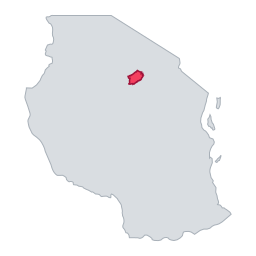 Mbulu, Manyara, United Republic of Tanzania (highlighted)
{"feature_id": "72390352B2366371930573", "entity_name": "Mbulu", "entity_type": "district", "adm_level": 2, "iso_a3": "TZA", "parent_name": "United Republic of Tanzania", "parent_adm1": "Manyara", "projection": "robinson", "projection_center": [35.288, -3.94], "detail": "fine", "context": "in_parent", "style": "filled", "palette": "rose", "viewbox_px": 256, "rotation_deg": 0, "n_neighbors": 0, "source": "geoboundaries", "source_scale": "gbopen_adm2", "svg_char_len": 5882}
<svg xmlns="http://www.w3.org/2000/svg" viewBox="0 0 256 256"><path d="M91.7,192.1L88.7,190.3L86.0,189.2L83.7,188.0L82.7,186.9L80.6,186.4L78.8,186.2L77.1,185.1L73.6,184.7L73.3,184.0L73.2,182.4L72.6,181.9L71.3,181.5L70.0,181.5L69.2,181.8L68.7,181.6L67.5,180.7L66.5,179.5L66.1,177.5L64.5,176.3L62.7,175.3L57.6,175.4L56.8,175.1L55.6,174.1L54.2,172.5L53.1,170.7L52.0,168.1L51.0,164.7L45.2,151.2L44.6,148.7L43.4,145.8L41.5,142.3L39.6,139.8L36.9,137.4L33.8,135.1L32.2,133.5L29.1,127.1L28.4,124.1L27.9,121.1L28.1,119.8L30.0,115.8L30.2,114.7L30.0,113.2L29.0,110.0L27.8,106.2L25.3,99.2L24.9,97.4L25.0,96.1L26.4,88.9L26.4,87.9L32.2,88.1L36.5,85.0L40.2,80.3L40.9,78.4L42.4,75.4L43.9,73.9L44.5,72.8L45.3,69.9L47.3,67.8L49.2,66.3L48.8,65.2L49.0,64.8L50.1,64.0L52.1,63.3L52.5,61.7L52.5,59.9L52.1,58.9L52.2,57.8L51.9,57.2L50.6,57.0L48.6,56.1L47.0,55.8L45.9,55.2L45.5,54.9L45.3,53.8L46.2,51.1L45.3,50.0L47.3,45.4L47.7,44.9L48.4,44.8L49.6,44.3L50.7,44.1L51.5,44.3L52.2,44.1L52.8,43.6L53.3,42.1L53.7,39.5L53.4,37.4L52.6,35.8L52.4,33.3L52.7,30.0L52.5,27.3L51.5,25.1L50.6,23.8L49.1,23.2L46.8,19.8L46.1,18.2L46.2,17.2L47.0,16.8L48.5,16.9L49.9,16.5L51.1,15.6L52.4,15.4L53.0,15.5L111.2,15.5L179.2,58.4L179.5,59.0L180.0,62.7L179.9,63.9L178.8,66.0L178.5,67.2L178.5,67.9L178.8,68.2L179.7,68.4L180.4,68.9L180.7,69.3L181.3,70.9L182.0,71.7L207.8,92.7L208.4,93.1L208.0,94.8L206.6,99.1L206.5,100.9L205.9,103.0L205.4,104.4L203.9,110.4L202.6,112.7L200.9,118.0L200.6,122.0L201.6,124.8L201.9,127.5L203.9,130.1L205.5,131.0L206.6,132.2L208.5,134.9L209.5,137.7L213.0,139.0L214.3,142.0L213.8,144.1L212.2,145.9L210.7,148.7L209.5,152.4L209.5,158.1L210.3,157.2L212.1,158.6L212.3,162.8L210.4,167.7L209.9,169.9L209.8,171.9L211.1,177.7L213.2,180.7L213.0,181.6L212.5,182.4L216.0,187.6L215.7,192.2L217.0,195.7L217.5,198.8L218.4,201.2L218.6,202.8L217.5,204.6L220.0,205.0L221.5,206.5L222.2,207.9L224.1,207.9L225.1,208.8L226.5,209.6L229.7,212.0L230.6,213.2L231.1,214.3L222.3,221.8L219.1,223.8L216.8,224.6L214.4,225.1L212.1,226.3L209.9,228.2L207.1,229.1L203.8,229.1L200.2,230.4L194.6,234.3L191.3,232.1L188.8,231.4L185.8,231.5L184.1,231.8L183.4,232.2L182.9,233.6L182.4,235.7L180.4,237.8L177.1,239.8L173.9,240.5L171.1,240.0L169.2,239.2L168.2,238.0L166.7,237.5L164.7,237.6L162.8,238.4L161.0,240.0L158.2,240.6L154.3,240.4L152.2,239.7L151.9,238.4L150.1,236.9L147.0,235.1L144.7,235.1L143.2,236.8L141.8,237.8L140.6,238.2L139.5,238.3L137.9,237.8L133.5,237.7L129.4,237.7L129.0,235.3L128.2,233.9L127.4,233.0L126.0,232.8L125.6,232.1L125.1,230.6L124.4,229.3L123.5,228.3L122.9,227.3L122.8,226.4L122.9,225.4L123.8,222.9L124.0,221.2L123.9,219.5L123.5,217.7L122.5,215.6L122.6,215.0L122.3,213.6L122.2,212.6L122.4,211.3L122.2,209.6L121.4,206.1L121.4,205.2L120.5,203.5L117.7,199.5L117.6,198.9L113.3,194.9L111.6,194.0L111.0,194.7L110.8,195.4L110.9,196.7L110.8,197.4L110.7,197.7L109.6,197.6L109.0,197.5L107.4,196.4L106.1,196.1L103.0,196.3L101.9,196.6L101.0,196.3L99.3,194.5L97.4,194.1L95.6,194.0L92.7,191.9L91.7,192.1ZM213.4,124.2L214.8,128.7L214.7,129.5L213.7,130.0L213.1,130.1L212.5,129.3L212.1,127.8L211.3,128.2L210.0,126.4L208.7,126.3L207.6,124.2L208.1,122.3L207.8,119.1L209.2,117.4L210.0,114.7L210.9,116.6L211.1,119.5L212.3,123.0L213.4,124.2ZM220.3,97.5L220.4,98.6L220.2,99.6L220.2,102.8L220.1,104.9L219.0,107.8L218.2,108.8L217.4,108.5L216.8,108.1L216.3,107.3L217.3,101.9L216.8,98.0L218.8,98.4L220.3,97.5ZM217.3,162.1L216.3,162.4L215.9,162.1L215.3,161.2L216.4,160.5L217.4,159.0L219.8,156.9L221.0,155.2L220.8,156.8L219.4,160.5L218.3,160.7L217.3,162.1Z" fill="#d9dde1" stroke="#a8b0b8" stroke-width="1"/><path d="M128.1,76.5L128.2,76.8L128.3,77.0L128.4,77.3L128.5,77.7L128.5,77.8L128.8,78.1L129.0,78.3L129.3,78.3L129.5,78.3L129.8,78.3L130.0,78.3L129.9,78.9L129.7,79.5L129.5,80.4L129.5,80.5L129.6,81.0L129.6,81.3L129.6,81.5L129.5,81.8L129.5,82.0L129.6,82.3L129.6,82.5L129.6,82.8L129.5,83.1L129.4,83.3L129.3,83.5L129.2,83.6L129.0,83.8L128.9,83.8L128.9,84.0L129.0,84.1L129.4,84.1L129.6,84.1L129.8,84.1L130.0,84.0L130.3,84.1L130.5,84.1L130.8,84.1L131.2,83.9L131.4,83.8L131.6,83.8L131.8,83.8L132.0,83.8L132.1,83.7L132.3,83.7L132.3,83.8L132.5,83.8L132.6,83.7L132.8,83.6L133.0,83.7L133.0,83.8L133.1,83.7L133.2,83.8L133.2,84.0L133.3,84.0L133.5,84.1L133.8,84.1L133.9,83.9L134.0,83.9L134.3,83.8L134.4,83.7L134.5,83.7L134.7,83.4L134.8,83.3L134.9,83.2L135.0,83.2L135.3,83.0L135.3,82.9L135.5,82.8L135.6,82.7L135.8,82.5L135.9,82.4L136.0,82.4L136.4,82.4L136.5,82.2L136.6,81.9L136.8,82.0L137.0,81.8L137.3,81.8L137.4,81.7L137.5,81.7L137.8,81.4L137.9,81.2L137.9,80.9L138.1,80.9L138.4,80.7L138.6,80.7L138.8,80.6L139.0,80.6L139.3,80.6L139.4,80.4L139.5,80.5L139.7,80.4L139.8,80.3L139.9,80.2L140.2,80.1L140.3,80.1L140.5,80.0L140.5,79.9L140.6,79.7L140.8,79.6L141.0,79.5L141.0,79.4L141.1,79.2L141.3,79.0L141.4,78.9L141.5,78.7L141.6,78.1L141.7,77.9L141.8,77.8L142.0,77.6L142.2,77.4L142.3,77.3L142.4,77.2L142.5,76.9L142.6,76.7L142.8,76.5L142.9,76.4L143.0,76.2L142.9,76.0L142.9,75.9L142.7,75.6L142.7,75.4L142.8,75.2L142.7,75.2L142.8,75.0L142.7,75.0L142.7,74.9L142.8,74.9L142.7,74.7L142.8,74.7L142.7,74.6L142.8,74.5L142.8,74.4L142.7,74.1L142.7,73.8L142.7,73.5L142.3,73.6L141.8,73.6L141.1,73.7L141.2,73.4L141.3,73.3L141.3,73.2L141.5,72.9L141.7,72.1L141.4,72.0L141.2,72.0L140.9,72.0L140.7,72.0L140.4,72.0L140.2,72.0L140.0,71.8L139.9,71.7L139.7,71.7L139.4,71.6L139.2,71.5L139.0,71.4L138.8,71.3L138.7,71.3L138.6,71.2L138.4,71.1L138.1,70.9L137.9,70.7L137.7,70.6L137.4,70.4L137.2,70.5L137.0,70.8L136.9,70.9L136.9,71.0L136.6,71.6L136.4,71.8L136.2,72.0L135.8,71.9L135.6,71.9L135.4,72.1L134.8,72.6L134.6,72.7L134.5,72.9L133.9,73.3L133.7,73.6L133.2,73.9L132.7,74.3L132.2,74.7L131.8,74.9L131.5,74.9L131.5,75.0L131.3,75.2L131.2,75.2L131.2,75.3L131.0,75.5L130.9,75.5L130.6,75.7L130.5,75.8L130.3,75.8L130.3,75.7L130.2,75.7L129.9,75.6L129.7,75.6L129.5,75.8L129.4,75.8L129.2,76.0L128.8,76.2L128.7,76.2L128.6,76.3L128.2,76.5L128.1,76.5Z" fill="#f43f5e" stroke="#9f1239" stroke-width="1.5"/></svg>